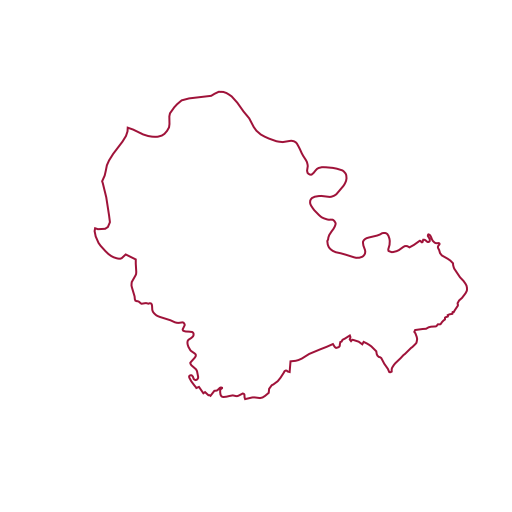 Ha Tinh, Ha Tinh, Vietnam, rotated 314°
{"feature_id": "81297802B52387636717940", "entity_name": "Ha Tinh", "entity_type": "district", "adm_level": 2, "iso_a3": "VNM", "parent_name": "Vietnam", "parent_adm1": "Ha Tinh", "projection": "natural_earth1", "projection_center": [105.907, 18.355], "detail": "fine", "context": "isolated", "style": "outline", "palette": "rose", "viewbox_px": 512, "rotation_deg": 314, "n_neighbors": 0, "source": "geoboundaries", "source_scale": "gbopen_adm2", "svg_char_len": 6133}
<svg xmlns="http://www.w3.org/2000/svg" viewBox="0 0 512 512"><g transform="rotate(314 256 256)"><path d="M387.6,402.8L387.7,399.0L387.2,395.9L385.5,389.3L385.9,386.4L387.5,383.6L388.2,381.5L388.5,381.0L388.8,380.6L389.8,380.1L391.8,379.9L392.3,379.5L392.4,379.3L392.4,378.9L392.1,378.3L391.1,377.5L390.3,376.6L389.9,375.9L389.7,375.0L389.7,372.6L390.2,371.0L391.1,369.1L391.8,367.0L391.7,365.8L391.3,365.0L390.6,365.1L389.8,365.7L388.9,369.0L388.4,369.7L387.5,370.5L387.1,370.7L386.1,370.5L385.4,369.9L385.1,368.9L385.1,367.6L384.9,366.4L384.6,365.8L383.9,365.0L383.6,365.1L381.8,366.1L381.3,366.0L380.9,365.6L381.1,363.9L380.7,363.2L373.7,361.9L368.8,360.4L368.5,359.1L368.1,357.9L367.4,357.0L366.5,356.2L364.9,355.7L359.5,354.7L357.2,353.8L354.1,351.9L353.0,350.9L351.7,347.9L352.0,347.3L352.7,346.5L356.8,344.3L359.7,341.8L361.1,340.0L362.5,337.3L363.0,335.2L362.8,334.1L362.5,333.3L361.9,332.5L361.2,331.8L360.0,330.9L357.5,330.2L354.8,328.9L347.8,324.4L345.7,323.2L344.0,322.7L342.3,322.6L340.7,323.0L339.8,323.8L338.1,326.0L336.0,330.3L335.0,331.6L333.5,332.7L332.1,333.1L330.4,333.2L329.1,332.9L326.5,331.5L324.2,329.2L323.2,327.5L319.2,319.5L316.9,315.2L314.1,310.7L313.0,307.6L312.7,305.2L312.7,303.8L312.9,302.4L313.4,301.1L314.2,299.5L316.3,296.9L317.9,296.4L319.6,295.2L322.0,294.1L326.1,293.3L329.3,292.9L331.9,292.2L333.7,291.4L334.6,290.8L335.1,290.0L335.6,288.0L335.5,286.4L335.2,285.7L333.7,284.1L332.8,283.4L331.8,281.9L330.4,279.0L329.6,276.9L329.3,275.2L329.2,272.6L329.4,266.1L329.8,263.7L330.5,260.6L331.1,259.1L331.8,258.0L333.4,256.6L334.8,256.1L336.6,256.0L339.5,257.1L342.7,259.5L344.6,261.3L349.7,268.0L350.8,268.9L352.3,269.7L353.9,270.4L356.2,270.9L367.0,270.2L368.8,269.9L370.8,269.3L372.6,268.6L374.7,267.2L376.4,265.3L377.2,264.1L377.6,262.8L377.8,260.6L377.7,259.3L377.5,258.5L374.9,253.4L372.7,250.0L368.1,244.3L365.5,241.6L362.8,239.9L361.1,239.4L359.0,239.4L355.9,239.7L353.4,239.5L352.8,239.2L352.1,238.4L351.6,236.8L351.6,235.4L352.8,233.5L356.6,230.8L357.5,229.7L358.9,227.5L359.6,225.5L360.8,220.4L361.7,217.5L363.3,213.5L364.4,210.3L365.3,207.3L365.4,205.7L365.0,204.0L364.7,203.3L363.4,201.3L361.6,199.9L356.5,196.1L354.1,193.0L352.7,190.9L349.4,183.6L347.9,179.4L346.7,175.0L346.4,169.3L347.2,164.8L350.3,155.5L351.3,146.6L353.3,136.0L353.6,131.8L353.9,127.6L353.3,124.1L352.7,121.5L351.3,118.5L348.2,115.1L343.9,113.5L340.1,112.5L322.9,98.4L316.3,94.4L310.3,93.8L306.2,93.9L298.9,95.0L296.2,96.7L290.8,102.1L288.1,104.1L284.2,105.1L280.2,105.3L277.2,104.6L273.6,102.5L272.0,101.0L269.7,98.4L267.4,95.1L265.0,90.3L261.6,79.8L259.2,74.6L256.4,77.0L252.0,79.1L245.5,80.5L230.3,82.3L222.7,83.9L217.7,85.7L212.7,88.9L208.7,91.3L202.9,93.4L201.9,95.3L194.2,107.5L183.2,122.0L179.2,127.0L178.7,127.5L174.0,129.3L170.8,128.6L165.5,123.7L164.2,121.0L161.8,122.6L158.7,127.1L156.0,133.7L155.4,137.0L154.9,144.3L154.9,148.4L155.4,151.9L156.2,154.5L157.5,157.2L158.4,158.7L159.7,160.2L161.1,160.9L166.6,161.2L170.0,171.9L167.0,174.8L161.3,181.0L159.7,182.3L158.4,182.8L151.0,184.7L149.8,185.6L148.3,186.9L147.3,188.4L142.6,196.7L140.8,198.8L140.1,200.3L140.6,201.5L141.3,202.3L141.8,203.6L141.9,206.0L142.2,206.9L145.3,209.2L146.0,210.0L147.0,211.8L148.0,212.2L148.7,213.0L148.9,213.4L148.8,214.6L147.8,216.0L145.2,218.8L144.3,220.5L144.0,222.4L144.0,224.4L144.1,225.6L144.5,227.0L145.4,229.2L150.3,239.0L152.0,243.8L153.0,245.5L154.1,246.8L157.2,249.2L157.7,250.2L157.5,251.5L157.0,252.5L156.6,252.8L152.3,254.2L151.9,254.8L151.7,255.5L152.0,256.3L152.8,257.8L155.0,260.3L157.0,262.9L157.1,263.6L157.1,264.2L156.7,265.1L156.1,265.7L155.4,266.2L154.5,266.5L153.2,266.5L151.6,266.3L149.2,265.7L148.2,265.7L147.6,265.8L146.6,266.4L145.8,267.1L144.8,268.4L143.7,270.5L142.6,274.3L142.6,275.4L143.3,279.6L143.3,280.7L143.1,281.3L142.4,282.0L141.8,282.3L140.3,282.6L134.5,282.8L133.4,283.0L132.9,283.9L132.5,285.4L132.8,291.1L132.8,291.6L132.5,292.7L132.1,293.7L128.9,298.3L128.0,299.1L126.7,299.4L125.7,299.3L124.7,298.7L124.3,297.4L124.3,296.6L125.4,294.3L125.5,292.8L125.3,292.3L124.5,291.6L123.5,291.4L123.0,291.5L122.5,292.0L122.1,292.7L120.9,296.5L120.1,301.5L119.8,304.2L119.6,304.8L122.2,305.9L120.7,313.5L122.7,313.9L122.8,318.5L123.4,319.0L123.7,319.6L123.8,320.4L130.1,319.7L131.6,321.0L132.1,321.3L133.0,321.5L136.0,321.6L136.8,321.9L137.3,322.4L137.6,323.1L137.3,323.4L135.2,323.1L134.2,323.8L133.0,325.0L131.6,326.8L131.1,328.4L131.2,329.3L131.9,330.5L134.3,332.5L136.8,334.1L139.6,336.1L141.4,339.0L142.0,339.7L143.2,340.4L147.9,342.0L148.2,342.6L148.4,343.4L148.2,344.0L146.4,345.9L145.5,347.6L151.7,351.6L153.3,353.2L156.6,357.6L158.8,359.0L161.7,359.7L166.4,360.2L169.6,357.7L174.0,357.1L175.6,357.7L181.1,358.6L185.5,358.2L192.0,356.9L192.5,356.6L193.2,356.6L194.3,357.0L194.8,357.6L194.9,358.1L194.9,359.0L195.9,360.8L204.2,354.0L208.1,357.3L210.6,358.8L214.0,360.2L222.5,362.3L233.4,367.0L239.7,369.9L246.1,372.5L245.4,375.3L245.3,376.0L245.4,377.2L245.8,377.7L247.9,378.8L249.0,378.8L249.6,378.6L250.4,377.9L252.7,376.4L253.9,377.0L255.6,376.5L256.3,376.6L258.2,377.3L264.0,378.7L263.4,380.0L262.8,380.6L261.1,381.4L260.8,383.5L262.6,383.4L263.4,384.7L265.7,389.4L266.3,393.8L269.0,393.1L270.1,396.5L270.7,399.1L271.1,401.7L271.0,408.7L269.3,411.0L268.7,412.5L268.7,414.4L269.4,415.7L269.6,417.0L267.6,423.1L266.4,429.3L265.1,432.4L265.3,432.9L265.9,433.5L267.1,433.9L268.3,432.7L269.4,431.9L270.3,431.5L273.2,430.9L275.4,430.7L283.0,431.0L287.1,430.9L289.1,431.2L297.7,431.4L299.0,431.7L302.6,431.8L304.0,431.8L305.0,431.7L306.5,430.8L308.2,429.6L309.4,427.9L311.1,424.4L311.4,422.6L313.3,421.9L319.4,426.7L321.8,428.9L324.6,429.7L326.7,431.0L330.2,434.2L330.9,434.5L333.2,434.3L334.7,435.9L335.3,436.1L337.8,435.7L339.8,435.7L341.6,436.0L341.9,435.8L342.5,435.1L343.0,434.8L343.8,435.0L345.6,436.0L346.2,435.8L346.7,435.0L348.4,435.7L350.8,437.4L351.4,437.1L352.1,436.4L352.3,436.4L353.0,437.2L354.9,436.7L360.5,435.7L361.3,435.0L361.6,434.3L362.1,433.8L365.1,433.0L369.0,433.3L374.8,432.6L377.2,431.9L378.2,431.3L379.7,429.8L380.9,428.0L381.6,425.8L382.2,422.6L382.4,417.6L384.6,407.4L385.2,406.1L386.4,404.1L387.6,402.8Z" fill="none" stroke="#9f1239" stroke-width="2"/></g></svg>